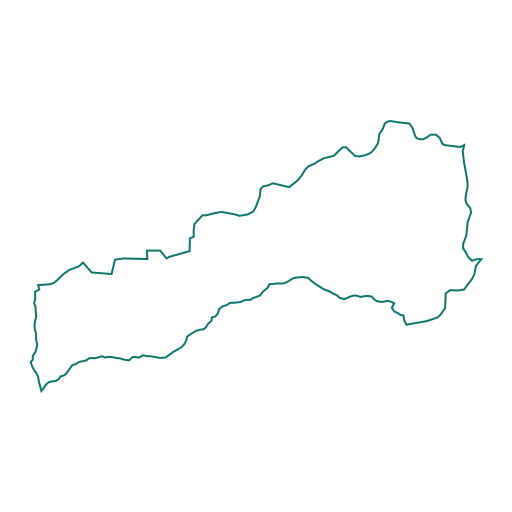 outline of Belém do Brejo do Cruz, Paraíba, Brazil
{"feature_id": "56859067B47597011454876", "entity_name": "Belém do Brejo do Cruz", "entity_type": "district", "adm_level": 2, "iso_a3": "BRA", "parent_name": "Brazil", "parent_adm1": "Paraíba", "projection": "robinson", "projection_center": [-37.396, -6.149], "detail": "fine", "context": "isolated", "style": "outline", "palette": "teal", "viewbox_px": 512, "rotation_deg": 0, "n_neighbors": 0, "source": "geoboundaries", "source_scale": "gbopen_adm2", "svg_char_len": 3000}
<svg xmlns="http://www.w3.org/2000/svg" viewBox="0 0 512 512"><path d="M266.8,185.7L263.4,186.2L260.5,189.1L259.8,196.3L256.0,206.7L253.3,211.5L247.6,214.5L239.4,215.8L235.4,214.5L221.4,211.9L213.9,213.3L206.2,215.3L202.4,215.3L194.5,223.9L193.7,229.8L193.7,236.8L189.9,238.3L189.6,251.2L175.0,255.2L169.1,256.9L166.5,258.4L160.3,250.6L146.8,250.6L147.4,259.0L129.1,258.6L124.3,258.4L115.0,259.6L111.6,274.0L91.7,272.5L83.0,262.6L78.7,266.5L69.5,269.8L63.5,274.0L56.6,280.7L53.8,282.9L49.7,284.3L38.1,285.1L39.3,289.5L35.1,291.7L35.1,295.6L35.2,299.1L34.1,303.1L35.5,306.9L35.7,310.7L36.2,316.8L35.1,320.8L34.4,326.1L35.1,330.2L36.1,333.8L36.0,337.0L36.2,340.4L37.2,344.2L36.7,347.5L35.4,352.0L32.8,356.0L32.7,360.0L30.7,362.0L32.0,366.1L33.8,369.6L35.7,372.2L38.1,376.4L38.9,381.9L39.8,385.0L41.4,391.0L43.7,388.0L46.1,384.4L48.8,382.2L52.1,381.4L55.7,381.0L58.6,379.2L60.6,376.4L64.2,375.4L66.6,373.2L69.3,369.4L72.2,365.2L76.5,363.7L79.3,361.9L83.0,361.2L86.5,360.3L88.9,358.3L92.0,358.1L95.3,358.2L98.9,357.2L102.3,356.2L104.9,357.6L107.9,356.9L111.4,357.0L115.6,357.8L120.0,358.4L124.7,359.8L129.1,360.3L132.6,357.1L135.6,357.0L139.1,357.6L143.0,355.2L146.4,356.0L151.6,356.4L160.2,358.0L165.8,357.4L168.3,355.5L171.1,353.6L173.7,351.6L176.8,350.0L181.3,347.3L184.6,343.8L186.2,340.5L187.2,336.5L191.7,333.5L195.8,330.9L199.8,329.7L203.5,329.3L205.9,327.3L208.2,323.7L211.5,320.8L211.8,317.5L215.3,316.5L218.0,313.4L219.0,309.3L222.7,306.2L226.6,305.2L229.9,302.9L234.9,302.7L237.9,302.3L240.7,302.1L243.3,300.6L246.4,299.9L250.3,299.9L253.0,298.0L256.3,296.9L259.8,295.6L263.1,291.5L267.3,288.1L269.6,284.1L272.5,284.1L275.6,283.6L278.6,283.4L281.8,283.6L285.0,282.9L288.9,281.0L291.9,278.8L295.1,277.8L302.1,277.0L308.1,277.8L311.1,280.7L316.2,284.5L319.8,286.7L323.3,289.1L329.0,291.2L333.2,293.6L336.9,295.4L339.7,297.8L344.3,299.1L350.5,296.5L354.1,295.5L357.3,295.8L360.4,297.0L363.6,296.3L367.0,295.9L371.6,296.5L375.1,300.2L378.1,301.5L382.5,301.9L387.4,300.9L390.5,301.5L394.2,303.3L391.8,307.7L394.0,311.3L397.5,312.9L400.4,314.9L403.4,315.5L404.3,320.3L406.4,324.7L426.8,321.1L437.5,317.5L440.4,314.8L445.1,308.1L445.7,293.4L450.2,290.1L457.5,290.5L463.9,289.6L472.1,278.8L474.3,274.4L475.9,266.0L481.3,259.2L476.8,259.1L472.1,260.8L468.1,256.9L465.5,251.8L463.1,248.2L463.2,243.8L466.3,235.5L467.6,222.5L469.5,217.0L471.1,212.7L470.3,208.3L466.5,203.5L465.5,200.4L465.6,196.8L467.6,186.9L467.6,183.5L466.7,176.7L464.1,162.9L462.7,151.4L464.2,145.1L460.3,147.0L444.6,145.1L442.2,143.6L439.7,137.9L436.0,134.7L430.7,134.7L426.2,137.8L423.4,139.2L420.1,139.3L416.6,138.2L415.0,135.6L412.5,128.0L409.5,123.6L397.4,122.2L390.3,121.0L387.3,121.7L384.7,123.8L383.0,128.6L379.3,134.0L378.7,139.1L377.9,143.4L374.7,148.6L371.6,152.0L369.3,153.6L364.5,155.4L359.8,156.4L355.3,156.1L345.9,147.2L342.2,147.5L333.9,155.8L323.8,158.3L318.5,161.0L314.6,163.6L308.4,166.4L305.2,169.6L301.6,175.5L297.4,180.6L289.2,187.2L273.2,183.3L266.8,185.7Z" fill="none" stroke="#0f766e" stroke-width="2"/></svg>